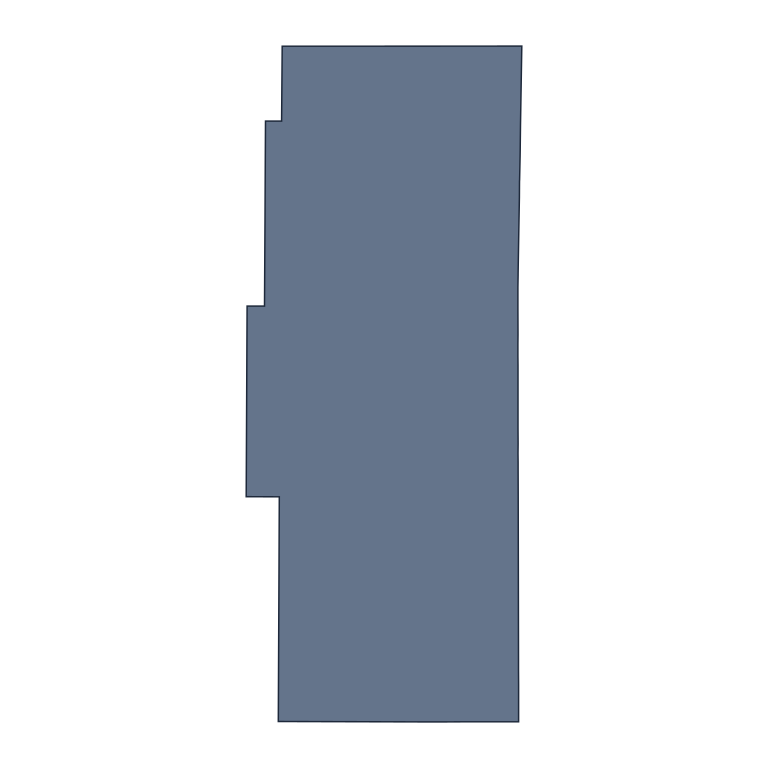 Lea, New Mexico, United States of America (Albers equal-area conic projection)
{"feature_id": "52423323B76999377614602", "entity_name": "Lea", "entity_type": "district", "adm_level": 2, "iso_a3": "USA", "parent_name": "United States of America", "parent_adm1": "New Mexico", "projection": "albers", "projection_center": [-103.223, 32.785], "detail": "fine", "context": "isolated", "style": "filled", "palette": "slate", "viewbox_px": 768, "rotation_deg": 0, "n_neighbors": 0, "source": "geoboundaries", "source_scale": "gbopen_adm2", "svg_char_len": 848}
<svg xmlns="http://www.w3.org/2000/svg" viewBox="0 0 768 768"><path d="M521.8,46.1L357.7,46.2L282.2,46.2L281.6,121.1L265.5,121.1L265.3,156.9L265.0,221.3L264.5,306.1L260.0,306.1L247.1,306.1L246.2,496.7L279.3,496.8L279.0,569.8L278.3,721.5L422.9,721.9L440.4,721.9L443.4,721.9L444.4,721.9L463.4,721.8L509.7,721.8L510.8,721.8L518.6,721.8L518.6,684.6L518.5,669.1L518.5,659.6L518.2,497.3L518.1,469.0L518.1,463.6L518.1,463.0L518.0,453.2L518.1,443.8L518.0,428.2L518.0,424.7L518.0,417.0L518.0,409.3L518.0,387.5L518.0,384.8L518.0,384.4L518.0,365.9L518.0,365.5L517.9,356.5L517.9,353.1L517.9,352.9L517.9,348.3L517.9,343.6L518.0,334.7L517.9,309.2L517.9,307.0L517.9,291.7L517.9,287.2L518.1,275.0L518.1,273.5L518.8,231.0L519.4,197.3L519.5,181.4L519.6,179.6L520.1,156.0L520.2,149.8L520.5,124.5L521.8,46.1Z" fill="#64748b" stroke="#1e293b" stroke-width="1.5"/></svg>